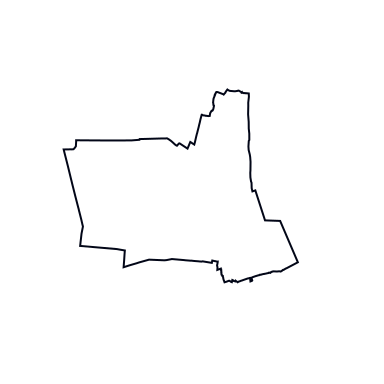 Elburg, Gelderland, Netherlands, rotated 129°
{"feature_id": "6326949B24126125821368", "entity_name": "Elburg", "entity_type": "district", "adm_level": 2, "iso_a3": "NLD", "parent_name": "Netherlands", "parent_adm1": "Gelderland", "projection": "albers", "projection_center": [5.826, 52.416], "detail": "fine", "context": "isolated", "style": "outline", "palette": "ink", "viewbox_px": 384, "rotation_deg": 129, "n_neighbors": 0, "source": "geoboundaries", "source_scale": "gbopen_adm2", "svg_char_len": 5387}
<svg xmlns="http://www.w3.org/2000/svg" viewBox="0 0 384 384"><g transform="rotate(129 192 192)"><path d="M239.7,318.5L241.6,316.0L250.1,304.6L258.5,293.6L259.3,292.5L260.7,290.7L268.8,279.9L274.5,272.2L275.9,270.3L276.3,269.7L276.7,269.2L277.1,268.7L277.5,268.2L277.9,267.7L278.0,267.5L283.7,259.9L284.5,258.9L285.5,257.6L286.0,257.0L287.4,255.1L287.9,254.8L293.8,251.7L297.4,249.4L300.4,247.5L302.1,246.4L303.5,245.5L304.3,245.0L283.6,214.4L281.9,211.3L279.7,207.4L282.2,205.7L287.0,202.3L293.5,197.8L288.3,194.4L284.4,191.7L282.4,190.3L279.9,188.7L271.6,182.8L270.2,180.9L262.4,170.4L261.5,169.5L260.9,168.9L257.1,165.7L256.8,165.5L249.9,155.3L249.3,154.3L247.1,151.1L246.5,150.2L245.9,149.5L245.7,149.2L244.5,147.3L244.1,146.7L241.9,143.5L241.2,142.4L240.0,140.7L239.2,140.1L237.9,137.8L234.6,132.0L232.5,133.1L232.1,132.3L231.7,131.4L231.5,131.0L231.0,130.2L230.2,128.4L229.9,128.2L230.1,128.0L230.7,127.7L231.4,127.3L232.3,126.8L233.1,126.5L233.7,125.8L234.6,124.7L234.9,124.5L236.6,123.3L233.4,121.4L234.2,120.6L234.0,120.4L235.7,118.8L235.9,118.6L236.0,118.7L237.4,117.3L237.3,117.2L237.9,116.1L238.2,115.5L238.1,115.4L237.9,115.2L238.1,115.0L238.9,113.9L239.1,113.7L239.4,113.4L240.1,112.5L240.4,112.1L240.8,111.3L241.4,110.4L241.7,109.9L240.8,109.3L239.9,108.7L237.8,107.5L237.7,107.4L237.5,107.1L237.4,107.0L237.4,106.9L237.4,106.7L237.3,105.8L237.3,105.2L237.0,104.3L235.0,105.3L234.8,104.5L235.2,104.3L235.1,104.1L235.0,103.8L234.5,102.8L234.3,102.1L234.0,102.1L233.8,102.2L233.5,102.3L233.5,101.9L233.5,101.2L233.4,100.6L233.4,99.7L233.0,99.6L232.4,99.4L231.0,98.5L230.4,98.2L229.9,97.9L229.4,97.5L229.0,97.3L226.1,95.5L225.3,95.0L224.3,94.4L223.1,93.4L222.7,93.2L222.3,92.9L222.2,92.8L224.7,90.3L223.5,89.6L223.3,89.8L222.8,89.6L222.5,90.0L221.3,91.9L220.8,91.6L220.5,91.5L220.4,91.4L219.9,91.2L217.8,89.9L217.6,89.8L217.2,89.5L217.0,89.4L216.4,88.9L215.9,88.7L215.6,88.4L215.3,88.2L215.0,88.0L214.7,87.8L214.5,87.5L214.1,87.4L213.8,87.3L213.8,87.2L213.6,87.0L213.5,86.9L213.4,86.8L213.1,86.7L212.8,86.3L212.7,86.3L212.4,86.1L211.1,85.1L210.9,85.0L210.7,84.8L210.5,84.5L210.4,84.4L210.1,84.3L209.8,84.0L209.6,83.8L209.5,83.7L209.2,83.5L209.0,83.3L208.9,83.2L208.3,82.8L208.1,82.6L207.8,82.4L207.6,82.2L207.3,82.0L207.2,81.9L207.0,81.7L206.9,81.6L206.7,81.6L206.5,81.4L206.4,81.4L206.2,81.4L205.9,81.0L205.8,80.7L205.7,80.6L205.6,80.3L205.3,80.3L205.1,80.2L204.9,80.3L204.6,80.2L204.4,80.0L204.2,80.0L203.6,79.7L203.4,79.4L203.2,79.3L202.9,79.1L202.7,79.1L202.5,78.9L202.1,78.3L201.8,77.9L201.7,77.8L201.1,77.0L200.8,76.6L200.6,76.3L200.4,76.0L199.1,74.7L198.6,74.1L198.4,73.8L198.3,73.6L198.2,73.3L198.1,73.1L197.8,72.9L197.6,72.9L197.3,72.8L196.9,72.6L196.4,72.5L196.2,72.4L195.6,72.4L195.3,72.3L195.2,72.2L194.9,71.8L194.7,71.8L194.5,71.7L194.1,71.6L193.4,71.3L192.3,70.9L191.9,70.6L180.0,65.5L159.0,105.3L168.1,117.4L150.9,143.8L153.5,145.4L151.5,148.0L147.3,151.6L146.7,152.7L143.9,155.8L140.4,158.8L138.4,160.2L131.7,165.5L128.2,168.8L126.5,170.7L123.7,174.4L121.1,176.8L116.6,180.0L115.5,180.2L110.6,184.2L107.0,187.8L101.8,192.1L96.3,197.3L89.6,202.5L87.2,204.5L82.2,207.7L79.7,209.9L81.2,212.2L81.3,212.2L81.4,212.4L81.5,212.6L81.8,212.8L81.9,213.0L82.0,213.4L82.1,213.5L82.3,213.7L82.6,214.0L82.7,214.3L82.7,214.5L82.8,214.7L83.0,214.9L83.1,215.2L83.4,215.5L83.2,215.8L83.3,215.8L83.5,215.8L83.7,216.0L83.5,216.4L83.4,216.4L83.4,216.5L83.2,216.5L83.3,216.8L83.4,217.1L83.5,217.6L83.6,218.2L83.7,218.6L83.8,219.0L83.8,219.3L83.8,219.5L84.1,219.8L84.4,220.1L85.0,220.4L85.4,220.8L85.6,221.0L86.3,221.6L86.6,221.9L87.0,222.4L87.5,223.1L89.1,225.5L89.5,226.0L89.7,226.5L89.8,226.8L90.0,228.1L90.1,228.5L90.1,229.0L90.4,229.0L91.7,228.9L92.7,228.9L93.1,228.8L93.7,228.6L93.8,228.6L94.3,228.6L94.9,228.7L95.3,228.7L96.3,228.7L96.3,228.8L96.5,229.7L97.0,231.2L97.1,231.6L97.6,233.0L97.7,233.3L98.1,234.6L98.2,234.9L98.3,235.0L98.5,235.4L98.7,235.7L99.0,236.0L100.5,235.7L100.5,235.8L102.1,235.5L103.1,235.0L103.0,234.9L105.3,234.2L105.7,234.1L106.9,233.4L108.6,232.3L109.1,232.0L109.1,231.9L109.4,231.6L109.8,231.2L110.3,230.6L110.5,230.5L110.8,230.2L111.0,230.0L111.0,229.9L111.0,229.6L111.0,229.4L111.1,229.2L111.7,228.9L113.6,227.9L114.0,227.7L114.9,227.4L115.1,227.4L115.8,227.3L116.0,227.3L116.1,227.5L116.3,227.8L116.6,227.8L117.0,227.9L117.9,227.7L118.7,227.6L119.1,227.5L119.3,227.5L119.4,227.4L119.6,227.3L120.4,226.9L121.7,226.1L121.8,226.2L122.0,226.3L122.7,227.1L123.1,227.7L123.2,227.9L123.3,228.0L123.8,228.9L124.0,229.2L124.2,229.4L124.3,229.5L124.4,230.0L124.8,230.7L124.9,230.9L125.2,231.2L125.3,231.4L125.4,231.6L125.5,232.1L125.6,232.6L125.6,232.8L125.7,233.0L125.8,233.1L126.3,232.9L128.1,232.1L130.3,231.1L133.1,229.7L135.5,228.6L135.9,228.4L137.3,227.7L141.7,225.7L142.5,225.3L142.9,225.1L144.0,224.7L145.0,224.2L145.9,223.8L150.2,221.7L151.6,221.0L153.7,220.1L154.0,222.6L154.0,223.3L154.2,224.8L155.3,224.5L157.3,223.9L157.6,223.8L161.1,222.8L162.0,232.2L162.3,232.5L162.6,232.7L165.4,232.8L165.5,232.8L165.6,233.0L165.7,233.6L165.8,234.9L165.6,237.9L165.5,240.0L165.5,240.3L165.5,241.1L165.6,241.9L165.6,242.6L165.9,244.7L165.9,244.9L166.3,245.5L166.5,245.8L166.8,246.0L170.2,250.1L180.5,262.1L183.8,266.0L184.5,265.7L189.8,271.3L196.3,279.2L199.3,282.9L202.9,287.4L209.3,295.3L221.3,310.3L224.7,314.6L225.8,313.7L229.6,311.0L231.5,310.9L233.3,311.0L234.5,312.2L235.0,312.9L239.7,318.5Z" fill="none" stroke="#020617" stroke-width="2"/></g></svg>